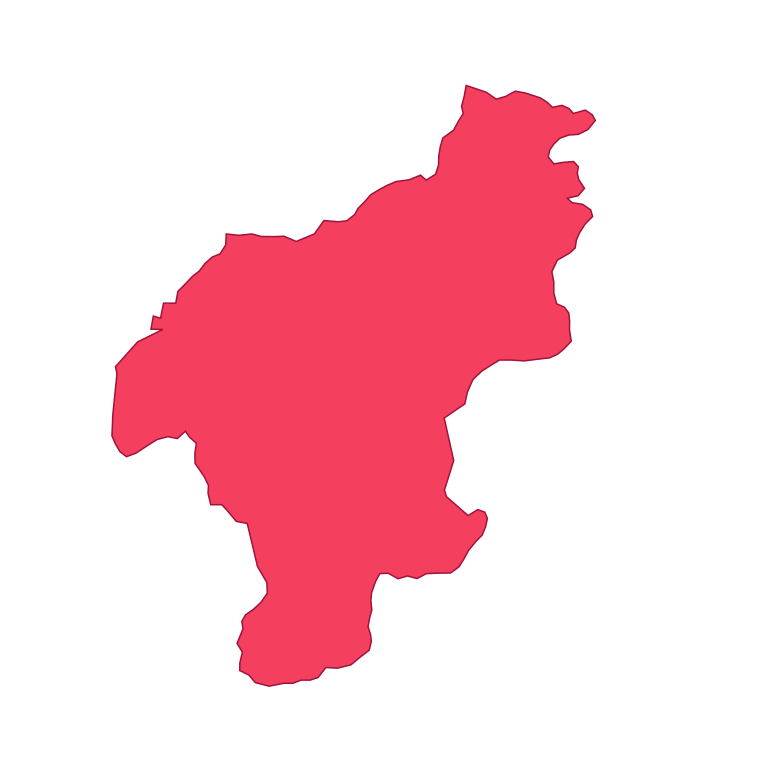 outline of Canela, Rio Grande do Sul, Brazil, rotated 74°
{"feature_id": "56859067B50689624337337", "entity_name": "Canela", "entity_type": "district", "adm_level": 2, "iso_a3": "BRA", "parent_name": "Brazil", "parent_adm1": "Rio Grande do Sul", "projection": "equal_earth", "projection_center": [-50.777, -29.344], "detail": "fine", "context": "isolated", "style": "filled", "palette": "rose", "viewbox_px": 768, "rotation_deg": 74, "n_neighbors": 0, "source": "geoboundaries", "source_scale": "gbopen_adm2", "svg_char_len": 2474}
<svg xmlns="http://www.w3.org/2000/svg" viewBox="0 0 768 768"><g transform="rotate(74 384 384)"><path d="M619.7,601.7L626.5,594.1L635.5,590.1L642.8,577.8L644.1,562.5L646.6,554.1L645.8,545.4L648.3,536.6L647.9,528.1L640.5,518.0L644.3,507.2L644.9,493.3L640.2,482.7L635.8,471.6L627.9,467.1L621.2,466.0L612.8,466.2L604.8,462.2L597.8,458.0L588.4,456.3L580.7,453.2L571.6,446.6L565.1,440.3L567.1,432.1L575.1,424.1L575.0,414.4L580.1,405.9L578.0,395.6L580.4,385.4L584.0,372.0L580.4,362.3L574.8,356.0L567.1,348.4L560.4,338.6L556.3,331.3L549.4,325.8L541.7,321.6L534.9,322.5L530.6,328.4L533.6,339.5L509.5,355.0L502.6,355.1L476.8,338.1L433.3,335.5L425.4,311.8L414.9,306.1L404.3,297.4L398.5,286.3L395.5,276.2L392.8,266.3L396.2,254.7L400.5,242.7L402.2,231.5L404.5,217.6L403.2,208.8L400.0,201.6L394.5,192.2L383.2,190.8L374.6,188.2L366.7,186.8L359.8,189.5L354.5,195.9L343.4,195.7L332.6,192.6L322.3,191.7L312.7,183.2L309.3,169.5L305.9,162.7L298.3,159.2L292.5,154.3L285.8,146.7L280.5,137.3L273.6,137.3L266.1,143.5L261.5,153.3L255.9,156.6L256.5,145.5L251.2,137.3L241.4,140.4L234.7,140.1L228.6,137.3L222.4,140.4L220.4,150.3L219.2,160.1L211.0,163.5L204.6,160.1L200.0,154.3L196.2,147.2L195.6,137.8L197.6,128.4L195.6,117.8L188.9,108.2L182.6,109.6L176.2,115.0L176.1,127.5L170.2,130.2L165.2,136.1L164.5,145.8L158.4,149.3L152.1,154.8L147.2,162.0L143.1,168.1L138.7,177.1L141.1,187.7L141.1,197.6L131.7,205.3L125.7,214.0L119.7,222.7L130.1,227.9L138.5,232.9L145.8,233.3L151.8,239.9L159.2,247.2L163.8,259.7L171.6,264.6L180.2,268.6L188.5,271.2L196.6,276.6L199.6,287.3L193.3,291.3L194.6,303.7L192.7,316.7L193.9,326.1L195.6,334.1L198.3,344.4L203.4,352.3L208.0,360.5L213.0,365.4L216.9,374.8L215.4,383.3L210.3,396.7L220.5,409.5L222.8,429.0L214.4,439.4L212.0,449.2L208.4,461.2L203.3,469.7L201.1,482.5L196.3,494.3L206.7,497.8L213.7,505.8L214.6,514.0L218.7,522.7L224.4,530.3L227.8,538.5L232.7,546.8L238.2,556.6L248.9,561.9L245.5,573.6L259.2,580.7L255.1,587.0L267.1,592.9L270.6,581.6L275.6,609.2L293.3,637.3L300.6,637.9L338.4,653.0L358.8,659.8L367.4,658.7L376.2,656.5L382.9,651.6L382.1,641.5L378.2,629.0L374.8,617.4L375.1,606.1L379.5,597.7L374.6,588.0L381.6,585.6L389.3,580.7L398.5,584.9L408.3,587.5L417.3,584.4L423.6,582.4L433.0,580.7L440.7,583.3L452.3,583.8L455.3,573.2L461.7,569.9L475.3,563.9L480.4,553.9L524.6,555.9L542.7,551.3L553.0,553.9L560.0,562.5L564.7,571.8L567.7,580.7L573.0,586.1L580.4,587.0L592.8,596.7L602.7,594.1L612.5,599.5L619.7,601.7Z" fill="#f43f5e" stroke="#9f1239" stroke-width="1.5"/></g></svg>